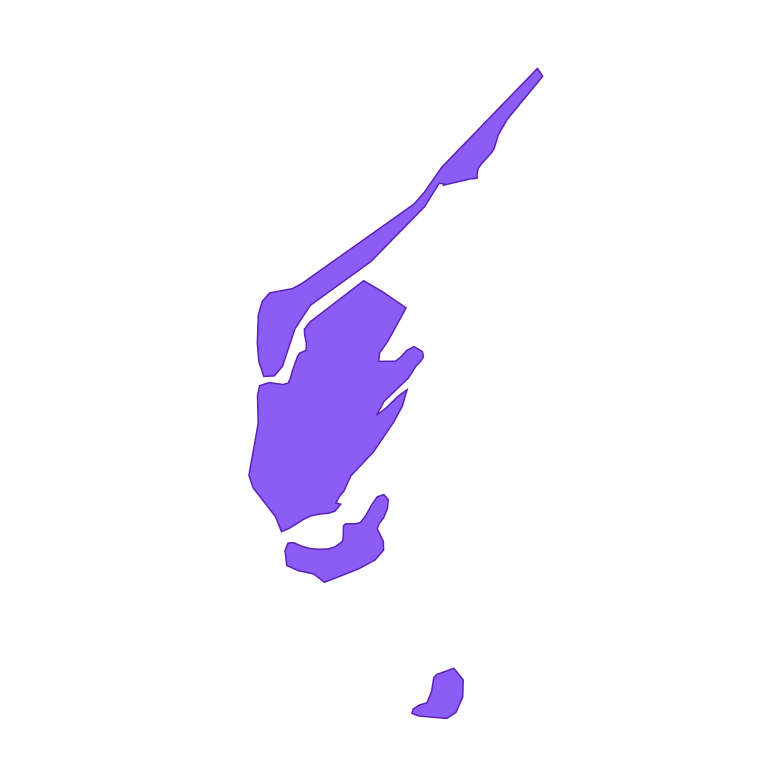 outline of Yāpanaya, rotated 275°
{"feature_id": "LKA-2459", "entity_name": "Yāpanaya", "entity_type": "District", "adm_level": 1, "iso_a3": "LKA", "parent_name": "Sri Lanka", "parent_adm1": "", "projection": "orthographic", "projection_center": [80.084, 9.638], "detail": "fine", "context": "isolated", "style": "filled", "palette": "violet", "viewbox_px": 768, "rotation_deg": 275, "n_neighbors": 0, "source": "natural_earth", "source_scale": "10m", "svg_char_len": 1962}
<svg xmlns="http://www.w3.org/2000/svg" viewBox="0 0 768 768"><g transform="rotate(275 384 384)"><path d="M461.7,399.4L427.0,384.1L414.5,376.9L406.1,376.8L407.7,393.4L412.3,398.3L419.6,403.9L423.9,410.6L419.6,419.4L414.5,421.0L409.5,418.3L405.0,414.5L392.0,407.7L366.8,385.6L352.3,379.4L359.7,387.6L373.0,399.1L380.4,407.5L364.0,404.3L347.9,397.5L315.4,379.4L289.5,358.9L274.1,353.5L272.6,352.5L266.8,348.7L261.3,346.5L260.5,351.4L253.1,346.3L250.3,339.6L249.0,331.8L246.3,322.8L241.9,315.2L239.2,311.8L232.3,302.7L227.9,294.8L242.5,287.4L269.1,262.7L281.1,257.4L333.8,262.1L361.4,259.0L371.4,260.2L375.4,269.3L374.7,283.6L376.7,288.6L382.5,290.5L388.1,291.3L404.2,295.5L407.6,297.4L410.6,303.4L417.9,303.1L423.6,301.4L425.8,300.7L429.1,300.2L431.4,299.9L431.5,299.9L436.7,303.0L438.9,304.3L457.8,325.0L485.1,354.7L485.1,354.8L475.9,374.3L461.7,399.4ZM587.2,425.8L588.7,426.5L588.7,421.4L564.2,409.0L504.8,360.2L456.1,303.9L431.4,290.5L392.7,281.3L382.5,274.0L381.1,263.6L395.3,257.4L399.9,256.6L414.0,254.2L441.9,252.8L455.4,255.4L464.7,262.0L471.0,284.4L477.2,293.7L565.7,398.0L578.7,407.6L605.1,422.7L711.7,509.3L707.6,512.8L704.2,515.2L658.2,483.6L642.3,476.2L628.2,473.2L626.1,472.2L624.1,471.2L611.9,462.0L607.3,459.2L602.7,458.5L597.1,458.8L595.8,452.0L587.2,425.8ZM218.5,398.1L208.0,390.5L197.6,374.8L181.3,342.0L188.7,330.2L190.5,315.2L194.7,303.0L209.4,299.9L217.2,302.2L217.3,302.3L218.0,308.0L215.3,316.1L213.5,325.4L213.8,334.8L214.8,342.3L214.8,342.7L215.4,344.2L217.7,349.7L220.8,353.2L223.2,356.0L226.1,356.7L239.2,356.0L241.4,358.0L242.4,368.3L244.0,372.6L251.7,377.5L262.1,382.0L270.9,387.0L271.6,388.5L273.9,393.4L269.2,398.3L260.3,398.3L250.7,395.3L244.0,391.1L239.2,389.9L227.1,397.1L218.5,398.1L218.5,398.1ZM106.9,478.3L101.6,483.5L96.1,488.7L79.0,489.7L63.2,484.4L56.3,475.7L56.3,447.7L58.3,440.5L62.7,441.4L67.3,447.2L70.1,454.5L81.8,458.2L95.7,459.2L99.2,461.8L106.9,478.3Z" fill="#8b5cf6" stroke="#5b21b6" stroke-width="1.5"/></g></svg>